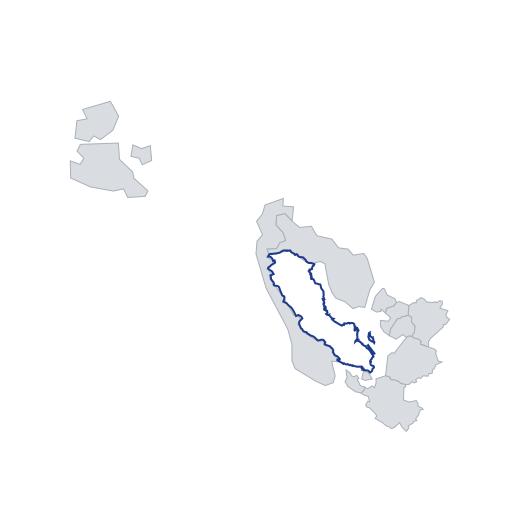 Sweden highlighted among its neighbors, rotated 305°
{"feature_id": "SWE", "entity_name": "Sweden", "entity_type": "country or territory", "adm_level": 0, "iso_a3": "SWE", "parent_name": "Europe", "parent_adm1": "", "projection": "mercator", "projection_center": [17.555, 62.192], "detail": "fine", "context": "with_neighbors", "style": "outline", "palette": "blue", "viewbox_px": 512, "rotation_deg": 305, "n_neighbors": 9, "source": "natural_earth", "source_scale": "50m", "svg_char_len": 10418}
<svg xmlns="http://www.w3.org/2000/svg" viewBox="0 0 512 512"><g transform="rotate(305 256 256)"><path d="M237.3,58.9L239.3,49.2L246.7,48.1L269.6,78.5L256.9,88.7L254.1,106.8L249.7,111.3L247.3,130.2L241.2,131.0L230.4,117.3L235.0,109.0L227.4,102.0L217.6,80.8L213.6,59.5L227.4,49.3L230.2,59.3L237.3,58.9ZM317.8,258.6L305.2,265.6L307.3,255.5L300.8,249.7L293.0,254.7L290.5,265.2L285.7,271.4L280.3,268.0L273.7,268.7L268.1,261.3L265.1,265.0L262.0,265.6L261.2,274.7L251.7,272.5L250.4,280.1L245.5,280.1L237.2,303.7L229.3,320.8L231.2,324.8L229.4,329.4L224.4,329.2L221.1,339.9L221.5,354.3L224.7,359.7L223.0,371.8L216.6,384.4L213.2,378.3L203.2,389.6L196.5,391.9L189.6,387.0L187.7,376.4L186.2,352.5L190.8,345.5L204.1,336.2L214.1,324.3L235.4,282.8L257.7,254.8L268.8,248.3L277.1,249.1L284.8,236.5L294.0,237.2L303.0,234.1L318.8,245.4L312.3,249.4L317.8,258.6ZM299.2,48.0L291.7,63.3L277.1,66.6L262.2,61.9L261.3,54.2L254.1,53.7L248.6,40.2L264.1,31.7L271.5,39.0L276.6,29.9L299.2,48.0ZM285.7,106.1L274.4,115.8L265.5,110.4L269.0,104.2L265.9,96.4L276.4,91.4L278.4,100.7L285.7,106.1Z" fill="#d9dde1" stroke="#a8b0b8" stroke-width="1"/><path d="M303.1,409.6L308.4,411.9L309.1,414.1L311.7,413.0L316.7,415.2L317.2,419.3L316.1,421.7L319.2,427.4L321.3,428.9L321.0,430.5L324.4,432.0L325.8,434.2L323.9,436.1L318.8,436.6L321.3,444.6L316.9,445.1L315.4,446.9L315.1,451.0L308.5,450.6L307.2,448.7L305.3,450.1L288.7,446.2L284.8,446.4L282.0,448.6L279.6,448.9L279.5,445.3L278.0,441.5L281.0,439.8L281.0,436.4L279.6,433.2L279.4,429.5L284.3,429.5L289.8,426.3L290.9,421.4L295.1,418.6L294.6,414.6L303.1,409.6Z" fill="#d9dde1" stroke="#a8b0b8" stroke-width="1"/><path d="M279.4,429.5L279.6,433.2L281.0,436.4L281.0,439.8L278.0,441.5L282.2,455.9L281.6,458.2L279.1,459.1L274.5,465.6L275.8,469.1L269.9,465.6L266.3,466.7L263.9,465.9L261.0,467.6L258.4,464.9L256.3,465.9L253.7,461.6L250.0,461.1L249.5,458.7L246.0,457.8L245.3,459.8L242.6,458.2L242.9,456.0L239.1,455.3L236.7,452.7L234.6,447.6L235.0,444.7L233.8,440.3L232.0,437.4L233.4,435.1L232.2,430.8L249.8,421.3L254.9,422.8L255.3,424.9L275.6,425.9L278.2,426.8L279.4,429.5Z" fill="#d9dde1" stroke="#a8b0b8" stroke-width="1"/><path d="M294.6,414.6L295.1,418.6L290.9,421.4L289.8,426.3L284.3,429.5L279.4,429.5L278.2,426.8L275.6,425.9L275.7,421.3L268.2,418.4L267.2,410.9L272.9,408.1L286.3,407.8L287.1,409.6L289.7,410.2L294.6,414.6Z" fill="#d9dde1" stroke="#a8b0b8" stroke-width="1"/><path d="M298.6,397.6L301.0,399.7L303.1,409.6L294.6,414.6L289.7,410.2L287.1,409.6L286.3,407.8L272.9,408.1L267.2,410.9L267.3,404.0L269.8,398.2L274.6,394.9L278.6,401.9L282.6,401.8L283.6,394.6L287.9,392.9L294.4,397.6L298.6,397.6Z" fill="#d9dde1" stroke="#a8b0b8" stroke-width="1"/><path d="M302.1,378.3L302.8,380.0L299.3,385.6L300.7,394.6L298.6,397.6L294.4,397.6L287.9,392.9L283.6,394.6L284.2,388.9L282.3,390.2L279.1,386.7L278.7,381.1L291.4,376.9L302.1,378.3Z" fill="#d9dde1" stroke="#a8b0b8" stroke-width="1"/><path d="M232.2,430.8L233.4,435.1L232.0,437.4L233.8,440.3L235.0,444.7L234.6,447.6L236.7,452.7L234.5,453.6L233.1,452.6L222.7,459.4L224.1,465.0L229.5,470.2L227.8,473.7L226.0,474.7L226.7,479.6L226.2,480.9L224.6,479.3L222.2,479.1L218.6,480.5L214.2,480.1L213.4,482.1L210.9,480.0L209.4,480.5L204.0,478.2L202.9,479.8L198.6,479.7L199.3,474.4L201.8,469.1L194.6,467.7L192.2,465.7L192.5,462.3L191.5,460.5L192.0,455.2L191.2,446.7L194.2,446.7L195.5,443.6L196.7,436.0L195.8,433.1L196.8,431.3L201.0,430.9L201.9,432.7L205.4,428.5L204.2,425.3L204.0,420.4L207.8,421.5L211.0,420.2L211.1,423.6L216.2,425.6L216.1,428.6L221.3,427.0L224.1,424.7L232.2,430.8Z" fill="#d9dde1" stroke="#a8b0b8" stroke-width="1"/><path d="M211.0,420.2L207.8,421.5L204.0,420.4L201.9,415.5L201.8,406.2L204.1,401.0L208.5,400.4L214.3,395.2L214.2,400.0L212.7,403.0L213.3,405.6L216.0,407.0L214.8,410.4L213.3,409.4L209.6,415.9L211.0,420.2ZM223.4,410.1L225.0,414.6L221.9,421.8L216.7,416.8L216.0,413.1L223.4,410.1Z" fill="#d9dde1" stroke="#a8b0b8" stroke-width="1"/><path d="M305.2,265.6L304.4,275.3L312.1,284.3L307.5,294.2L313.4,308.5L310.0,318.9L314.5,327.6L312.4,335.1L319.9,342.8L318.0,348.3L302.5,367.9L293.4,368.7L276.3,374.6L273.4,369.0L268.5,365.7L269.6,355.4L267.2,345.6L269.6,339.2L274.2,332.1L289.1,316.9L288.5,311.8L281.5,306.0L279.8,301.2L279.7,281.1L265.1,265.0L268.1,261.3L273.7,268.7L280.3,268.0L285.7,271.4L290.5,265.2L293.0,254.7L300.8,249.7L307.3,255.5L305.2,265.6Z" fill="#d9dde1" stroke="#a8b0b8" stroke-width="1"/><path d="M218.4,382.6L218.8,383.8L219.2,384.0L219.7,383.7L220.0,382.8L220.5,380.1L219.9,377.5L219.9,377.1L220.7,376.1L221.2,374.4L221.4,374.1L222.3,373.9L223.0,373.4L223.9,371.9L224.1,370.6L224.1,369.9L224.3,369.4L224.5,368.4L224.3,367.5L223.7,366.0L223.1,363.9L223.0,362.8L223.9,362.3L224.9,362.3L225.1,362.2L225.4,361.0L225.7,360.5L225.8,359.7L225.9,359.1L225.3,358.1L224.5,357.1L223.9,356.8L222.3,355.2L223.0,350.4L223.0,349.1L222.1,345.8L222.2,344.4L222.0,342.2L222.6,341.3L222.2,340.3L221.5,338.0L222.6,335.8L222.4,334.6L223.0,333.7L224.8,330.7L225.5,330.0L226.5,329.4L227.6,329.1L228.0,329.1L231.4,329.8L231.6,329.5L232.3,328.0L232.3,327.0L232.2,325.5L232.0,324.6L229.8,323.2L232.2,318.9L233.4,316.2L233.7,315.1L234.0,314.7L234.3,310.5L234.6,309.3L234.8,308.7L234.8,308.0L234.3,304.5L236.8,304.0L238.5,303.0L239.1,302.3L238.8,300.0L239.4,299.2L241.1,296.4L242.9,293.8L243.7,292.7L243.9,291.5L243.5,290.2L242.3,287.9L242.6,286.9L244.0,286.3L244.6,285.2L245.6,281.7L247.6,279.9L248.3,278.9L251.3,280.8L252.4,278.5L252.6,277.6L252.5,276.0L252.5,273.9L252.6,273.1L253.7,272.6L255.6,273.5L257.1,273.6L261.2,275.4L261.7,275.4L263.0,273.8L261.7,272.9L262.6,272.0L263.0,271.1L263.4,270.0L263.6,268.6L263.5,267.9L262.4,266.2L265.0,266.0L266.3,266.8L266.4,267.0L266.5,267.8L267.8,268.9L268.2,269.5L269.0,270.4L269.2,270.8L270.0,271.4L271.9,273.2L272.9,273.8L273.7,274.0L275.9,275.0L276.2,275.3L277.5,276.8L277.9,278.4L278.6,278.5L278.8,279.1L279.4,280.0L280.2,280.9L280.2,281.2L279.5,282.0L279.4,283.0L279.5,284.3L279.7,285.4L279.7,285.7L279.3,286.7L279.3,287.5L280.3,287.7L280.7,288.0L280.9,289.2L280.8,289.4L280.3,290.0L280.1,290.4L280.1,291.1L280.2,291.8L280.4,292.6L281.7,295.0L281.9,295.9L281.7,296.3L281.5,297.2L281.4,298.2L281.3,298.9L280.8,299.8L280.5,300.1L280.4,300.6L280.4,301.4L280.5,303.0L280.6,303.4L280.8,303.7L281.5,304.3L282.3,306.2L282.8,308.5L281.5,308.8L280.5,308.2L279.9,308.5L279.1,308.5L278.1,308.7L277.7,309.2L277.5,309.4L276.6,308.7L275.7,307.7L275.0,308.5L274.6,308.6L274.3,307.9L273.9,307.8L273.8,308.1L273.6,308.7L273.4,309.2L273.3,309.5L273.3,310.8L273.2,311.1L272.4,310.9L272.4,311.2L272.6,311.4L272.7,311.6L272.4,311.9L271.5,311.9L271.4,312.1L271.7,312.6L271.5,313.0L271.3,313.2L270.3,313.4L269.7,313.4L269.6,313.6L269.5,314.0L269.6,314.3L269.9,314.5L270.0,314.7L269.9,315.1L269.7,315.2L269.1,314.4L268.9,314.5L269.1,314.9L269.4,315.3L269.6,315.8L269.8,316.3L269.8,316.8L269.0,318.1L267.9,319.7L267.6,320.5L268.3,321.5L268.9,323.7L269.5,324.6L269.2,325.6L268.2,326.5L267.0,327.9L265.7,331.5L265.3,332.0L264.1,332.6L263.7,333.2L262.9,333.8L261.4,334.4L260.7,335.3L260.4,336.1L260.1,336.2L259.3,335.6L259.3,336.5L258.6,335.9L258.2,336.5L258.0,337.4L257.0,338.6L255.9,338.4L255.7,338.6L256.0,338.8L256.1,339.0L255.6,339.1L255.1,339.3L254.8,339.3L254.4,340.6L253.5,340.9L253.3,341.3L254.3,341.4L254.1,342.4L253.0,343.0L252.8,343.4L252.6,343.6L252.1,343.6L252.2,343.1L251.5,343.1L251.3,342.5L251.1,342.7L251.2,343.2L251.6,344.4L251.5,344.8L251.3,345.0L251.4,345.3L251.8,345.4L251.9,345.7L251.5,345.9L250.9,346.8L250.3,346.8L250.0,347.3L249.6,347.3L249.3,347.0L248.8,346.7L248.6,347.2L248.6,347.6L248.9,348.6L249.4,349.4L249.9,349.7L249.5,349.9L249.3,350.4L248.6,353.6L248.8,355.0L249.1,355.6L248.4,355.5L247.7,355.2L247.8,355.9L247.4,356.7L247.5,358.0L247.4,358.8L247.6,359.0L247.7,359.5L247.5,359.9L247.6,360.2L247.8,362.9L247.7,363.3L248.1,364.7L248.0,365.9L248.5,366.5L249.5,366.5L250.0,367.6L250.4,367.5L251.1,367.1L251.5,367.0L251.8,367.8L252.6,368.9L253.0,369.4L253.8,369.6L254.6,370.5L254.4,371.5L254.8,371.8L255.7,372.2L256.5,373.6L256.7,374.8L256.6,375.5L255.4,376.5L254.7,377.4L253.8,378.1L253.5,378.3L253.1,378.6L252.8,378.8L252.6,378.7L251.6,379.4L251.6,379.7L252.4,379.8L252.8,379.7L253.1,379.3L253.4,379.3L253.7,379.3L254.3,378.9L254.6,379.1L254.9,379.7L254.3,380.1L253.8,380.1L253.6,381.2L253.2,381.9L252.2,382.3L251.6,382.9L250.9,383.4L250.6,383.3L250.1,383.8L249.0,384.3L248.5,385.1L247.2,385.8L246.6,386.3L244.9,386.4L243.3,386.2L242.7,386.5L243.3,386.6L243.6,386.8L244.1,386.7L245.6,387.0L246.3,387.9L245.8,388.2L245.0,388.5L245.5,390.6L245.2,391.1L245.2,393.4L244.7,393.4L244.5,394.4L244.6,394.9L244.6,396.0L244.7,396.7L245.0,397.3L244.8,398.0L244.1,399.5L244.1,400.3L244.2,400.7L244.3,401.4L243.7,403.8L243.4,404.7L242.8,405.8L242.4,406.6L241.6,409.1L241.3,409.6L240.8,410.0L240.3,409.6L239.8,409.5L239.2,409.5L238.3,409.8L236.9,409.6L235.5,409.7L235.2,409.9L235.4,410.8L234.9,411.0L234.4,410.7L233.6,411.3L232.9,412.1L232.7,412.6L232.6,413.6L233.0,414.4L233.3,415.4L232.5,416.5L232.0,416.6L230.6,416.2L228.2,417.0L226.0,416.4L226.2,415.8L226.2,415.3L226.4,413.9L226.4,413.4L226.2,412.9L225.7,412.2L224.5,409.9L224.1,408.9L223.9,408.5L224.0,408.5L225.1,409.0L225.5,408.7L225.2,408.0L225.0,407.6L224.8,407.1L225.4,407.0L225.8,407.0L226.1,406.5L225.9,405.5L225.1,405.1L224.4,403.6L223.6,402.9L222.3,399.9L221.8,397.8L221.3,398.0L220.9,396.3L220.9,395.6L220.2,395.3L220.0,392.9L219.2,392.6L218.7,391.5L218.6,389.4L218.1,389.0L217.7,389.1L217.7,388.5L217.8,388.1L217.6,386.1L217.5,384.3L217.3,383.7L217.2,383.1L217.3,382.5L217.4,382.2L217.9,382.1L218.4,382.6ZM257.2,394.2L256.8,394.4L256.5,395.1L255.9,395.4L255.7,397.5L256.3,398.3L256.0,398.4L255.7,398.6L255.5,399.0L255.3,399.7L254.5,400.2L254.2,400.5L253.7,401.2L253.5,402.2L253.0,402.6L252.5,402.7L252.8,401.9L253.2,401.2L252.8,400.8L252.6,400.0L252.3,399.5L252.5,398.8L252.4,397.8L252.4,396.8L253.2,395.9L253.8,394.9L254.5,394.2L255.4,393.9L255.8,394.2L256.0,393.6L256.3,393.4L256.6,393.6L257.2,394.2ZM244.3,408.5L244.1,409.0L243.8,408.9L243.7,408.3L243.7,406.7L243.7,406.0L244.8,403.1L245.3,402.9L246.0,401.2L246.2,400.4L246.5,399.7L246.7,399.0L246.8,398.8L247.3,399.0L247.0,399.4L247.0,400.1L246.1,402.1L245.9,403.5L245.6,403.8L244.3,408.5ZM257.6,393.3L257.5,393.9L257.2,393.9L257.0,393.5L257.5,392.8L258.2,392.8L258.5,393.0L257.6,393.3ZM254.8,378.3L254.6,378.6L254.5,378.2L254.6,377.8L254.9,377.5L255.3,377.7L255.3,377.8L254.8,378.3ZM253.8,382.7L253.5,382.7L253.8,382.1L254.2,381.9L253.8,382.7Z" fill="none" stroke="#1e3a8a" stroke-width="2"/></g></svg>